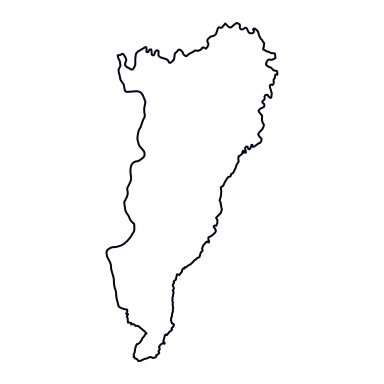 the district of Puerto Salgar, Cundinamarca, Colombia
{"feature_id": "7082276B40281843469492", "entity_name": "Puerto Salgar", "entity_type": "district", "adm_level": 2, "iso_a3": "COL", "parent_name": "Colombia", "parent_adm1": "Cundinamarca", "projection": "orthographic", "projection_center": [-74.592, 5.587], "detail": "fine", "context": "isolated", "style": "outline", "palette": "ink", "viewbox_px": 384, "rotation_deg": 0, "n_neighbors": 0, "source": "geoboundaries", "source_scale": "gbopen_adm2", "svg_char_len": 5927}
<svg xmlns="http://www.w3.org/2000/svg" viewBox="0 0 384 384"><path d="M117.7,55.4L118.3,58.2L119.8,61.2L120.4,65.2L120.3,66.1L119.2,68.2L118.5,70.0L118.8,72.2L119.8,76.1L120.4,79.5L121.8,81.9L123.7,84.4L124.8,90.3L125.1,90.9L126.3,91.8L127.3,91.9L136.8,91.2L139.6,91.8L141.1,92.8L142.9,95.3L145.3,101.4L145.3,102.8L144.2,108.2L144.3,112.3L144.8,115.0L144.7,116.8L143.0,120.1L140.8,126.6L138.7,130.6L137.7,135.3L137.4,139.1L138.8,144.6L139.6,146.1L143.9,151.2L144.4,152.4L144.6,154.7L144.3,156.0L143.5,157.3L141.8,158.7L138.4,161.1L135.8,161.4L133.3,162.6L132.0,164.1L131.2,165.5L130.5,168.7L130.4,171.2L131.1,177.8L130.9,180.2L130.3,182.0L127.4,187.8L127.2,188.9L127.7,192.1L127.7,194.2L126.7,197.3L124.6,201.4L124.2,202.6L125.4,210.5L126.7,213.2L128.5,215.7L130.3,220.0L132.7,222.7L133.7,223.4L134.2,224.2L134.4,228.8L134.1,231.2L130.7,236.8L129.4,238.5L127.6,240.6L124.5,243.5L121.5,245.3L119.0,246.2L115.8,247.0L112.5,247.2L110.2,248.0L108.3,249.2L107.2,250.3L106.7,251.3L106.5,253.3L107.1,256.6L110.1,262.4L110.8,264.6L111.3,269.6L113.7,278.2L114.1,284.8L114.7,287.7L115.6,290.3L116.1,292.9L116.2,295.6L116.6,298.4L118.5,305.9L118.8,306.5L119.7,307.2L121.4,308.1L124.4,309.2L127.1,309.6L127.3,311.7L126.8,312.3L126.3,313.8L126.7,314.2L127.9,314.3L126.8,316.7L127.3,317.3L127.7,318.7L127.9,322.4L130.6,322.9L131.1,323.6L131.2,324.3L131.5,324.2L131.7,323.7L132.1,324.2L132.6,324.1L134.2,324.5L135.6,325.9L137.0,325.8L138.3,326.1L144.9,331.6L146.4,333.4L145.2,334.3L144.4,335.9L142.2,338.5L141.6,340.2L139.5,342.9L138.2,343.8L137.2,344.0L136.6,344.6L136.1,345.6L135.1,348.9L134.7,352.2L133.7,354.4L133.6,355.1L134.2,356.1L133.8,357.2L134.6,357.6L135.0,358.4L136.8,359.0L137.8,360.1L138.2,360.9L138.9,361.0L140.8,360.7L144.1,359.1L147.9,358.1L149.5,357.1L150.4,357.0L153.1,358.0L155.8,357.2L156.3,356.4L156.3,355.2L157.9,354.4L159.2,353.0L158.5,351.4L159.7,349.1L159.4,347.7L159.0,347.2L159.1,346.6L160.5,344.7L162.3,343.5L163.2,343.3L164.4,343.7L164.6,343.4L164.3,342.4L163.4,341.8L163.3,341.6L164.9,335.3L165.8,334.5L166.1,334.5L166.3,335.0L167.0,334.9L169.5,331.7L171.1,330.7L172.0,329.6L171.6,328.9L171.6,328.3L173.0,326.8L174.0,324.9L173.6,324.1L172.0,323.3L171.2,321.4L171.0,319.6L171.2,317.8L171.9,316.6L172.0,314.1L172.9,311.6L172.8,309.3L173.2,308.5L172.6,304.1L172.9,302.4L172.3,300.4L172.6,298.6L172.4,297.8L172.8,296.6L173.6,292.3L172.8,290.6L173.8,289.0L173.6,287.0L172.8,285.8L173.1,284.1L174.1,282.9L173.7,281.5L174.6,280.5L175.4,280.1L175.9,279.4L176.7,275.5L177.1,274.4L177.8,274.4L179.2,275.0L181.8,271.8L182.2,270.0L182.8,268.7L184.2,268.6L184.6,267.3L185.9,267.4L188.3,265.4L190.2,264.5L192.6,262.4L194.4,260.3L195.9,259.4L197.0,258.2L199.4,257.1L200.6,253.0L201.1,252.1L202.4,251.1L202.6,250.6L202.1,248.6L202.9,246.1L203.4,245.2L206.5,241.7L207.1,241.6L208.2,242.4L208.9,242.3L209.1,241.3L208.5,239.7L208.3,238.6L208.6,237.2L210.2,236.6L212.0,235.5L215.1,232.6L215.8,231.3L215.6,229.6L213.7,226.8L213.9,226.1L214.6,225.6L216.3,225.6L217.4,222.7L217.3,219.8L216.2,218.0L216.2,217.6L220.7,213.1L221.8,209.9L221.7,208.4L221.1,206.5L221.1,205.0L220.6,203.9L220.7,202.7L219.6,200.5L220.8,196.4L221.0,194.6L221.3,191.3L220.8,187.6L221.4,186.9L223.2,185.8L224.9,182.0L228.0,177.2L230.5,176.3L231.3,174.0L232.8,173.2L233.5,172.3L235.6,168.0L236.4,165.2L238.6,161.6L238.3,158.7L238.6,156.4L240.6,155.1L241.9,154.0L243.0,150.9L243.6,151.0L244.0,151.5L243.9,152.7L245.8,152.5L245.8,151.2L245.1,149.1L245.3,147.6L246.1,146.7L246.7,146.5L247.5,146.7L248.4,149.0L249.2,149.3L249.9,148.9L250.5,148.1L251.6,144.9L252.3,145.0L252.6,146.7L253.2,146.8L254.5,146.4L258.1,143.7L260.5,142.5L261.5,140.1L261.5,138.9L260.7,137.8L259.3,136.5L258.2,134.3L259.0,132.7L262.2,129.3L262.9,128.1L263.7,126.0L263.9,124.7L262.6,122.5L262.3,121.6L262.0,120.0L262.1,115.6L259.0,111.9L258.6,110.5L260.3,108.7L263.2,107.3L264.2,106.5L264.4,105.0L264.0,103.8L263.0,103.2L262.4,102.4L262.3,101.8L262.6,101.1L264.3,99.7L264.7,98.6L264.5,96.6L265.1,95.5L265.6,95.0L267.0,94.7L267.6,95.0L268.9,97.0L270.7,97.9L271.2,97.6L271.8,93.5L269.9,86.9L269.9,85.4L270.6,84.8L271.2,84.5L272.2,85.0L272.5,85.0L273.3,84.1L273.8,82.3L273.5,80.0L274.8,77.9L275.2,75.0L275.7,74.5L277.2,74.7L277.5,73.8L277.0,71.5L276.7,71.0L273.5,70.3L271.1,67.7L268.2,66.6L266.2,65.0L266.0,64.0L266.8,61.7L267.6,60.4L268.3,59.8L269.4,59.5L270.9,59.8L272.0,59.8L274.4,58.7L275.4,58.0L275.0,53.9L274.7,53.5L273.9,53.2L271.4,53.2L268.3,51.7L266.0,51.1L264.6,49.9L263.4,49.6L263.1,48.6L263.8,46.8L264.2,43.1L263.0,41.8L262.2,40.1L261.0,39.1L259.2,35.8L258.0,31.5L255.7,29.2L254.2,28.5L253.6,28.7L253.1,29.6L253.9,30.8L254.0,31.4L253.6,32.5L252.0,33.4L249.7,33.2L248.4,31.9L247.0,28.7L245.8,27.8L244.9,27.8L243.3,29.1L242.4,29.4L241.3,29.4L240.7,29.1L240.1,28.5L239.8,27.5L239.9,25.5L239.7,24.5L237.8,23.3L236.9,23.0L234.6,24.3L231.6,27.0L230.6,27.5L229.5,27.3L228.4,26.7L225.5,23.7L225.1,23.7L222.4,27.0L221.6,27.7L220.7,27.8L219.2,27.3L218.6,27.5L217.9,28.2L216.9,31.5L216.0,33.8L215.3,34.8L213.6,35.9L210.6,36.6L208.0,39.0L207.5,39.8L207.3,41.4L208.4,43.8L208.3,44.9L207.2,47.3L205.9,48.6L203.3,47.4L202.8,47.5L202.2,47.8L201.4,49.2L199.7,50.2L197.6,50.9L196.8,50.6L195.0,50.5L192.6,52.1L188.6,54.2L187.0,55.8L186.3,56.1L184.8,55.6L183.5,54.3L182.5,51.9L180.4,49.9L179.8,49.6L178.3,49.9L177.2,51.4L175.0,53.4L174.7,54.0L174.6,55.9L173.9,59.7L170.9,62.6L170.1,62.8L169.0,62.5L168.1,60.5L166.7,59.3L160.4,57.3L159.5,56.7L158.7,55.8L158.4,54.8L158.6,51.6L158.3,50.8L157.8,50.5L156.5,50.4L156.0,50.8L155.4,51.4L154.1,54.9L153.7,55.3L152.5,55.2L151.8,54.6L151.5,50.8L151.2,49.5L149.9,49.5L149.4,49.8L148.2,51.9L147.6,52.2L146.9,52.1L146.4,51.7L146.4,51.1L146.6,48.2L146.1,47.2L145.6,47.0L137.8,51.6L136.3,53.3L135.9,54.2L135.3,58.6L135.3,64.5L134.5,66.7L133.2,69.0L132.6,69.4L131.8,69.6L130.9,69.4L129.0,68.1L126.9,67.2L125.1,65.2L125.1,63.5L126.2,60.6L126.2,59.5L125.2,56.9L123.4,54.3L122.9,53.9L122.2,53.9L120.4,54.9L117.7,55.4Z" fill="none" stroke="#020617" stroke-width="2"/></svg>